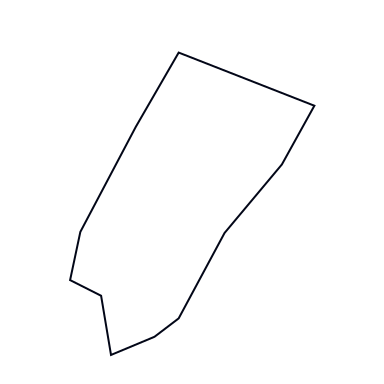 outline of Saint Andrew, rotated 166°
{"feature_id": "VCT-5065", "entity_name": "Saint Andrew", "entity_type": "Parish", "adm_level": 1, "iso_a3": "VCT", "parent_name": "Saint Vincent and the Grenadines", "parent_adm1": "", "projection": "mercator", "projection_center": [-61.224, 13.201], "detail": "fine", "context": "isolated", "style": "outline", "palette": "ink", "viewbox_px": 384, "rotation_deg": 166, "n_neighbors": 0, "source": "natural_earth", "source_scale": "10m", "svg_char_len": 305}
<svg xmlns="http://www.w3.org/2000/svg" viewBox="0 0 384 384"><g transform="rotate(166 192 192)"><path d="M171.2,330.5L52.4,246.1L98.1,197.0L170.3,144.4L235.5,72.6L263.4,60.6L310.0,53.5L305.3,113.3L331.6,136.0L310.0,180.3L230.8,268.8L171.2,330.5Z" fill="none" stroke="#020617" stroke-width="2"/></g></svg>